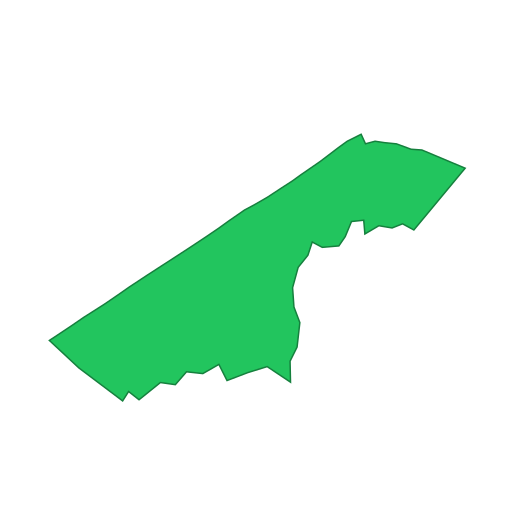 Imbé, Rio Grande do Sul, Brazil (Equal Earth projection), rotated 217°
{"feature_id": "56859067B97443140399595", "entity_name": "Imbé", "entity_type": "district", "adm_level": 2, "iso_a3": "BRA", "parent_name": "Brazil", "parent_adm1": "Rio Grande do Sul", "projection": "equal_earth", "projection_center": [-50.118, -29.935], "detail": "fine", "context": "isolated", "style": "filled", "palette": "green", "viewbox_px": 512, "rotation_deg": 217, "n_neighbors": 0, "source": "geoboundaries", "source_scale": "gbopen_adm2", "svg_char_len": 940}
<svg xmlns="http://www.w3.org/2000/svg" viewBox="0 0 512 512"><g transform="rotate(217 256 256)"><path d="M370.2,64.2L330.0,60.0L315.5,60.0L306.0,60.0L291.0,60.0L275.3,60.0L276.2,71.1L262.9,70.8L256.2,97.4L243.0,104.7L241.8,121.7L227.7,130.1L220.4,147.1L204.2,139.1L192.4,157.9L180.5,174.4L152.5,176.0L165.5,192.5L168.4,208.0L180.9,229.2L195.0,238.1L207.7,252.7L215.5,272.3L215.0,287.8L219.5,301.0L208.3,302.8L195.9,313.9L196.4,325.2L200.5,341.0L191.5,349.4L182.3,339.1L176.1,354.1L164.2,360.3L158.3,369.9L145.6,371.8L141.8,452.0L187.3,440.5L196.4,434.6L211.3,430.1L221.7,423.8L230.0,419.3L236.1,411.5L245.3,416.5L252.2,402.6L255.4,392.2L261.7,369.9L268.9,348.3L272.1,337.9L276.5,325.9L282.3,309.7L288.3,295.6L292.8,285.9L298.8,267.8L302.5,255.8L307.4,241.4L313.8,223.3L319.6,207.3L325.1,192.3L331.2,175.6L338.5,155.1L343.1,141.0L348.2,125.9L356.6,103.5L361.8,88.0L370.2,64.2Z" fill="#22c55e" stroke="#15803d" stroke-width="1.5"/></g></svg>